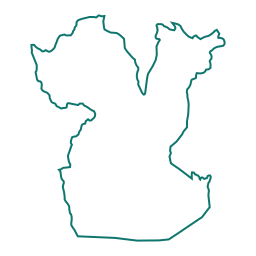 Bossangoa, Ouham, Central African Republic (Robinson projection)
{"feature_id": "33826404B90258922405871", "entity_name": "Bossangoa", "entity_type": "district", "adm_level": 2, "iso_a3": "CAF", "parent_name": "Central African Republic", "parent_adm1": "Ouham", "projection": "robinson", "projection_center": [17.361, 6.343], "detail": "fine", "context": "isolated", "style": "outline", "palette": "teal", "viewbox_px": 256, "rotation_deg": 0, "n_neighbors": 0, "source": "geoboundaries", "source_scale": "gbopen_adm2", "svg_char_len": 4280}
<svg xmlns="http://www.w3.org/2000/svg" viewBox="0 0 256 256"><path d="M35.6,72.1L37.1,79.7L38.4,81.2L40.0,81.3L41.2,82.2L41.8,84.1L41.7,86.0L41.4,88.6L42.3,90.2L43.5,91.3L46.2,92.3L47.5,93.0L49.5,95.3L49.8,98.2L50.8,100.4L51.5,101.9L53.0,102.9L54.4,103.3L55.5,104.0L56.6,106.1L59.6,107.6L61.3,108.5L62.8,108.1L63.9,107.9L65.5,107.9L65.8,107.7L66.4,107.5L66.8,106.6L67.0,104.2L68.2,103.1L75.1,104.5L78.2,105.0L79.7,103.6L82.6,103.6L84.2,105.5L87.5,107.2L90.0,109.1L92.4,110.5L94.1,111.3L95.2,113.8L95.0,116.1L93.9,118.0L92.5,119.1L91.3,120.4L89.4,120.5L88.1,119.3L85.8,121.1L85.2,123.6L83.5,123.9L82.5,124.4L81.8,125.3L81.3,127.0L81.0,128.6L80.5,130.2L79.6,131.1L78.9,132.6L78.5,134.4L76.2,136.3L73.1,136.8L72.0,137.4L70.9,141.1L70.9,143.1L71.9,144.9L71.2,146.2L70.4,148.8L67.9,155.8L68.3,158.6L68.7,160.6L69.4,162.9L70.2,164.2L70.2,165.8L70.0,167.1L63.0,167.9L60.8,169.4L59.0,169.8L60.4,171.5L60.9,174.9L61.1,176.8L61.7,178.9L62.6,180.1L63.7,181.3L63.8,183.0L63.4,184.3L62.8,186.5L63.2,188.7L64.0,191.9L64.6,196.1L64.7,199.7L66.0,201.7L67.8,203.9L69.2,206.4L69.3,209.3L70.0,213.2L71.1,214.4L71.7,217.1L71.7,219.8L71.3,222.7L71.3,225.1L72.8,227.6L74.5,230.0L77.8,236.3L103.1,237.4L114.9,237.9L137.1,240.6L159.2,240.4L168.8,239.4L177.3,233.8L198.0,219.8L202.0,217.2L206.4,211.4L209.7,207.2L208.4,195.2L208.9,190.2L207.6,186.7L208.5,182.7L209.4,181.6L210.6,178.2L210.7,176.6L210.1,175.5L209.1,175.4L208.9,175.4L207.6,176.1L207.2,177.5L207.0,178.0L205.0,178.7L204.4,178.9L203.9,178.7L202.9,177.7L201.9,177.4L201.4,177.8L200.7,178.2L200.2,179.5L199.6,178.9L199.5,177.4L198.0,175.5L197.1,175.3L195.6,174.4L195.1,174.4L193.9,172.6L192.7,172.4L192.0,172.4L191.8,173.9L191.7,175.8L191.8,178.6L179.2,169.0L170.9,163.3L169.5,156.6L170.9,153.0L170.1,150.7L170.5,146.7L176.5,141.6L181.9,134.7L183.6,131.4L187.0,127.3L187.0,121.2L188.2,114.4L188.7,104.5L188.2,100.4L187.4,97.2L187.4,94.9L186.8,91.5L187.2,89.4L189.1,87.3L190.4,84.8L191.0,81.9L191.5,80.0L192.3,79.4L193.4,79.0L194.7,78.6L196.0,77.8L196.0,77.6L196.1,75.2L196.2,74.8L196.7,73.2L197.6,73.1L198.7,73.4L200.9,73.4L203.3,72.8L204.3,72.3L205.5,70.9L205.9,69.7L207.1,69.5L208.7,69.3L210.5,67.8L210.5,67.2L210.5,64.6L210.3,62.9L209.7,61.4L210.0,60.4L210.7,59.6L211.4,58.6L211.6,56.5L211.3,55.3L210.9,54.4L210.0,53.1L209.8,52.1L210.5,51.3L211.8,50.5L214.3,48.2L216.7,47.0L218.4,46.6L221.1,46.2L223.3,45.7L224.5,44.1L224.6,41.9L223.8,39.7L223.0,38.8L220.9,38.0L218.3,37.8L218.2,36.6L219.3,33.7L216.8,29.9L215.4,30.6L214.5,31.2L214.0,31.7L213.7,32.2L210.5,34.7L208.5,35.9L205.7,36.6L204.0,37.2L200.5,39.1L197.4,37.0L196.4,35.7L196.0,35.4L195.0,35.8L193.3,36.8L192.9,37.6L192.5,38.2L188.8,36.7L186.9,35.0L183.6,31.6L181.6,28.4L180.5,26.1L178.3,24.4L175.5,23.6L172.2,22.9L174.1,25.3L175.1,26.8L175.4,28.3L174.3,30.2L173.0,30.1L170.9,29.6L169.5,29.3L168.2,28.1L167.0,27.3L165.8,26.8L163.9,26.1L162.9,24.8L161.9,24.3L160.9,24.1L159.7,24.1L158.7,24.1L157.6,24.1L156.6,25.2L156.6,26.2L157.1,27.2L157.4,27.9L157.2,28.9L157.7,30.1L157.3,31.4L156.8,33.3L156.3,34.4L155.8,35.3L155.6,36.3L155.7,37.6L156.5,38.7L157.0,38.8L158.5,39.0L159.2,39.1L159.7,39.6L159.7,40.3L159.1,41.1L158.7,41.6L158.2,42.6L156.5,46.5L156.8,54.5L155.7,60.0L152.7,66.2L148.0,73.9L147.3,77.1L146.6,82.1L145.6,89.8L145.2,92.8L145.2,93.2L144.7,94.1L144.4,94.4L143.8,94.6L143.0,93.9L141.8,92.3L141.2,90.8L138.8,85.8L138.2,84.3L138.4,82.3L138.4,81.3L137.4,79.6L136.8,76.6L136.9,74.4L137.5,71.6L138.3,69.6L138.3,67.7L136.8,65.9L135.4,62.9L134.9,59.6L132.8,58.0L127.2,51.6L124.8,48.1L124.5,44.2L124.0,38.8L121.1,36.1L118.9,34.3L117.0,33.2L114.5,32.8L110.8,32.6L107.1,30.9L104.6,29.5L104.0,27.3L103.3,21.3L104.4,16.0L102.3,16.3L100.9,16.1L99.8,15.6L98.8,15.4L97.4,16.4L96.6,17.3L95.4,17.3L93.7,17.0L91.9,17.0L89.2,17.0L87.6,17.5L84.2,18.3L82.2,18.8L78.6,20.0L77.4,20.9L76.5,22.6L76.5,24.5L76.3,25.6L74.9,27.3L74.5,28.3L74.4,29.5L73.0,31.3L72.7,32.8L70.8,35.3L68.7,35.3L66.7,35.5L65.7,35.2L64.4,34.5L59.9,35.7L58.2,38.1L57.7,38.9L56.8,41.6L55.2,45.5L54.8,47.0L54.1,48.3L53.1,49.3L51.9,50.4L50.6,51.2L49.3,51.8L48.2,51.5L47.1,51.0L46.4,50.4L45.6,50.2L44.1,51.2L42.4,51.4L41.9,51.1L40.3,49.6L39.1,49.0L37.6,48.3L35.9,46.9L35.1,46.1L34.2,45.0L32.9,44.8L31.4,45.0L31.7,49.0L32.0,50.3L31.7,52.5L36.7,65.0L36.7,68.5L36.6,70.4L35.6,72.1Z" fill="none" stroke="#0f766e" stroke-width="2"/></svg>